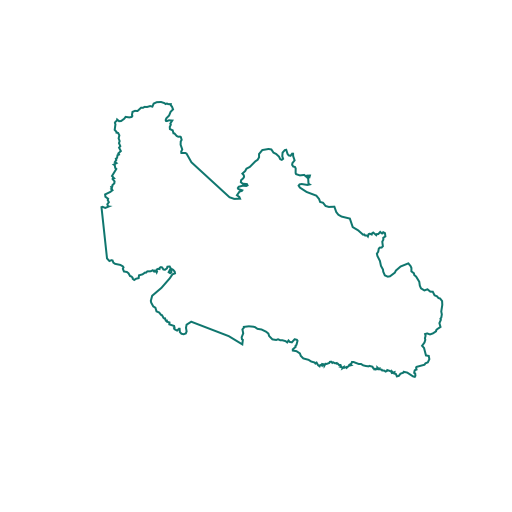 Carmen Del Darién (Curbaradó), Chocó, Colombia (Albers equal-area conic projection), rotated 232°
{"feature_id": "7082276B82467093202899", "entity_name": "Carmen Del Darién (Curbaradó)", "entity_type": "district", "adm_level": 2, "iso_a3": "COL", "parent_name": "Colombia", "parent_adm1": "Chocó", "projection": "albers", "projection_center": [-77.0, 7.04], "detail": "fine", "context": "isolated", "style": "outline", "palette": "teal", "viewbox_px": 512, "rotation_deg": 232, "n_neighbors": 0, "source": "geoboundaries", "source_scale": "gbopen_adm2", "svg_char_len": 6097}
<svg xmlns="http://www.w3.org/2000/svg" viewBox="0 0 512 512"><g transform="rotate(232 256 256)"><path d="M105.9,374.9L109.2,374.9L110.5,373.9L112.8,373.8L115.1,372.5L119.0,373.3L120.6,371.4L124.2,370.6L125.2,367.5L128.9,366.1L131.7,366.8L135.2,368.8L141.2,369.5L143.6,369.0L145.1,369.8L148.2,369.0L150.9,371.1L152.8,371.6L156.4,371.5L158.7,363.5L158.4,357.3L157.4,355.1L157.5,349.1L158.6,347.1L161.4,345.6L165.3,346.6L167.1,347.7L171.3,348.4L175.8,350.6L181.3,351.7L183.4,352.7L184.1,354.9L186.2,357.3L186.4,358.7L185.3,360.2L185.6,362.0L189.5,364.3L190.5,366.4L192.0,367.5L191.8,370.0L194.6,371.7L196.4,370.9L195.9,369.6L196.5,369.0L198.5,368.7L198.0,365.9L198.9,364.6L198.4,363.6L202.3,362.8L202.4,361.5L201.7,360.4L203.5,359.4L203.9,358.3L202.5,356.2L203.7,356.2L204.9,354.6L206.3,354.6L206.8,353.5L213.3,352.3L219.2,350.0L227.7,353.0L234.4,347.7L237.8,346.3L241.2,346.3L246.6,348.1L249.8,343.6L252.6,341.6L256.7,341.6L259.1,339.8L262.1,340.8L266.4,340.7L275.3,335.3L282.9,332.7L285.2,332.9L285.6,334.4L284.6,336.3L280.3,340.3L279.4,342.3L280.7,341.9L284.9,344.8L286.0,344.7L285.8,345.4L286.4,345.9L285.2,346.6L286.2,348.0L287.9,345.8L288.1,344.3L290.2,343.9L292.5,340.2L295.8,338.0L297.0,338.3L300.6,341.2L302.2,341.5L303.6,340.4L305.6,340.6L306.8,341.9L307.6,345.3L311.9,346.8L313.8,348.2L314.4,347.5L313.7,344.9L315.1,343.7L317.0,343.7L321.1,345.2L321.7,343.9L321.1,340.6L318.4,338.1L315.9,337.2L315.9,335.5L317.4,334.7L320.2,335.3L324.0,334.7L326.7,333.4L330.5,333.7L332.6,331.8L335.6,326.2L334.5,321.2L331.9,319.2L330.8,316.5L331.0,313.8L330.0,306.0L330.7,302.2L329.6,299.8L329.3,296.0L327.1,296.1L325.7,295.3L325.1,293.8L324.9,290.9L323.5,289.5L321.2,290.0L318.3,293.1L316.9,292.8L317.2,291.4L319.5,288.9L321.2,285.0L320.7,283.5L319.7,283.3L316.2,285.6L316.0,284.9L316.9,282.6L315.6,278.4L312.8,279.2L311.0,278.7L314.4,274.0L318.6,271.3L369.6,262.8L379.4,264.3L380.6,263.8L383.1,260.6L384.3,261.3L385.4,263.5L390.1,265.1L392.6,267.2L393.3,268.9L396.0,270.0L396.8,269.7L397.8,268.2L399.4,267.4L402.8,267.2L403.5,266.5L406.3,267.7L409.0,266.3L410.8,267.5L411.9,269.7L413.1,270.0L414.3,273.4L416.5,271.0L417.2,268.8L417.9,268.2L418.7,268.5L419.7,270.1L420.2,274.0L422.2,277.5L422.6,280.9L425.6,281.8L427.2,281.6L428.1,282.4L429.7,280.3L431.0,279.7L431.4,278.3L432.8,278.0L435.8,276.0L438.3,272.5L439.1,269.2L437.5,266.3L439.3,264.9L440.5,261.9L442.1,260.0L442.4,258.1L443.6,256.8L443.2,251.9L444.9,250.0L445.6,247.4L443.5,245.1L442.5,244.8L442.1,243.6L443.2,241.5L445.9,238.9L445.3,236.7L445.4,232.8L446.5,231.1L449.0,230.6L448.3,229.8L448.3,228.0L447.8,226.8L446.3,226.3L442.4,222.3L439.7,222.5L439.1,222.0L437.8,223.1L435.2,222.6L433.3,220.2L430.5,219.3L429.3,217.5L426.1,216.7L425.7,214.8L421.9,214.1L421.6,210.7L420.3,210.5L420.7,208.9L418.9,207.0L418.9,205.4L417.7,205.1L416.9,202.6L415.1,203.2L415.6,200.2L414.5,200.6L412.1,199.3L410.6,199.5L407.7,191.8L404.8,192.0L405.3,191.1L405.0,190.4L401.9,190.5L400.5,189.1L400.2,186.4L399.2,185.5L398.7,184.6L399.1,184.3L397.7,183.8L397.8,183.2L396.2,183.4L396.2,180.6L397.4,175.0L395.4,173.8L392.1,174.7L391.4,173.6L389.0,173.2L388.3,170.7L386.1,170.0L385.7,170.4L386.7,166.8L389.3,165.3L389.6,164.3L345.8,137.1L342.3,137.4L341.7,139.5L340.8,140.2L338.6,139.5L336.6,140.1L332.5,143.6L329.8,144.7L328.6,144.6L327.9,143.2L325.1,142.4L322.9,144.4L320.9,144.9L317.7,144.4L316.6,145.2L315.0,145.4L313.9,144.8L312.1,145.3L311.9,147.6L310.8,149.9L312.8,151.9L311.4,155.3L311.3,158.3L310.6,159.0L310.8,160.9L308.8,163.6L308.3,165.9L306.7,166.1L306.8,166.9L305.8,166.9L305.4,168.0L304.3,167.7L304.8,168.6L306.0,168.5L306.5,169.2L306.2,170.8L305.1,171.9L306.0,172.9L305.8,174.2L304.7,175.0L302.4,174.7L301.2,175.8L301.1,178.2L302.1,179.6L300.9,181.5L298.8,181.2L297.0,177.2L295.3,177.8L295.3,179.3L297.4,180.7L297.3,181.7L296.1,182.2L293.7,182.3L292.2,181.5L293.0,178.9L291.5,174.3L289.1,161.8L288.6,149.7L285.4,145.5L283.8,144.7L279.5,144.0L277.2,144.9L273.6,143.5L271.1,144.9L268.1,144.9L267.2,145.5L264.2,145.0L263.1,145.3L262.8,145.9L260.6,145.1L260.0,146.0L259.0,145.4L256.9,146.9L255.5,145.6L251.3,148.4L249.7,147.7L249.7,147.0L248.5,146.7L245.8,147.9L246.1,150.6L245.7,151.0L243.0,149.2L240.6,149.4L238.9,150.8L238.2,153.0L239.3,154.9L242.5,156.6L244.6,159.0L244.1,164.5L209.6,185.2L194.8,190.8L198.0,194.0L199.1,193.7L200.8,194.7L202.9,198.3L206.5,200.1L207.0,202.4L207.6,202.8L205.0,207.1L202.0,210.3L200.6,211.4L197.7,212.3L194.7,215.1L190.2,217.3L187.3,218.0L184.8,217.1L180.2,217.6L177.4,220.2L176.8,222.1L174.6,223.3L173.5,224.8L170.7,226.9L168.7,227.4L169.4,229.6L167.5,229.7L165.9,231.1L166.6,235.2L164.8,236.6L163.6,236.5L161.1,233.2L160.8,231.7L160.0,231.3L159.8,227.5L158.8,226.8L156.1,229.3L152.2,230.6L149.7,229.8L146.2,230.2L141.8,233.5L138.9,234.5L136.0,236.6L134.7,236.6L134.7,238.1L131.7,237.7L129.9,238.2L130.5,239.3L130.2,240.2L129.1,240.5L129.9,241.4L129.3,241.6L129.6,242.2L128.7,242.9L127.4,242.2L128.3,244.4L127.5,245.1L126.6,247.9L127.1,249.0L126.4,250.2L124.8,250.3L124.8,251.3L122.8,252.2L122.0,253.7L121.4,253.4L120.7,254.2L119.0,254.3L118.1,255.5L116.5,255.0L116.6,254.3L114.9,255.3L114.7,256.3L114.2,255.4L114.0,257.1L113.4,257.1L112.8,258.9L112.1,258.7L112.3,261.6L111.4,263.7L112.7,263.2L112.5,264.9L113.4,266.4L112.4,267.6L107.6,270.5L106.2,272.3L103.9,273.1L101.6,274.9L99.7,276.8L99.6,277.7L97.1,279.6L95.2,279.3L94.2,279.9L93.8,279.5L92.8,280.5L93.1,281.4L92.1,282.1L93.4,283.0L91.5,283.3L91.3,284.0L90.8,283.5L89.0,285.1L88.2,284.9L86.6,286.6L85.2,286.9L84.8,288.3L85.3,289.2L81.9,291.4L80.1,291.0L79.6,291.9L80.3,292.2L79.6,292.3L79.2,293.6L78.2,292.6L76.8,293.6L74.4,292.9L73.6,294.7L74.3,297.4L73.3,300.4L73.8,301.1L71.0,303.4L64.5,305.6L63.0,306.7L63.5,307.9L65.4,309.1L66.5,308.7L67.7,310.0L68.2,310.8L67.7,312.6L69.3,313.3L69.8,314.2L66.6,321.8L67.1,323.5L66.4,325.9L68.0,329.1L70.9,330.6L73.0,328.7L80.1,331.8L83.0,331.6L84.1,335.5L85.7,337.8L87.2,338.5L88.7,340.5L90.4,341.2L89.6,343.2L87.1,344.8L86.1,347.7L85.8,351.5L86.6,352.3L86.8,353.9L86.5,357.7L90.2,359.2L91.9,362.4L93.0,362.7L93.4,364.1L95.6,366.5L98.2,367.8L102.8,372.7L105.9,374.9Z" fill="none" stroke="#0f766e" stroke-width="2"/></g></svg>